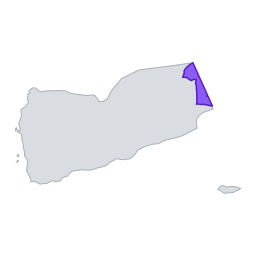 location of Shahin, Al Mahrah, Yemen
{"feature_id": "15242507B71328549079212", "entity_name": "Shahin", "entity_type": "district", "adm_level": 2, "iso_a3": "YEM", "parent_name": "Yemen", "parent_adm1": "Al Mahrah", "projection": "orthographic", "projection_center": [52.4, 17.895], "detail": "fine", "context": "in_parent", "style": "filled", "palette": "violet", "viewbox_px": 256, "rotation_deg": 0, "n_neighbors": 0, "source": "geoboundaries", "source_scale": "gbopen_adm2", "svg_char_len": 4366}
<svg xmlns="http://www.w3.org/2000/svg" viewBox="0 0 256 256"><path d="M213.2,108.8L203.7,112.3L201.2,113.8L199.0,115.7L197.3,118.1L196.1,122.3L197.0,126.1L196.9,128.2L194.4,129.6L192.1,130.5L189.6,132.0L188.0,132.4L186.8,133.6L185.3,134.4L180.0,136.5L174.2,138.2L164.9,140.1L161.4,142.2L158.1,143.7L153.2,144.1L146.4,146.0L142.6,147.6L137.9,150.2L136.9,151.1L136.0,153.0L134.6,154.7L131.7,157.5L129.6,158.9L128.1,158.9L125.4,159.6L122.1,159.7L116.7,158.6L115.3,159.3L114.1,160.3L109.9,162.1L105.5,165.9L102.4,166.8L97.3,167.9L93.7,169.4L91.3,169.9L88.3,170.2L82.6,169.8L77.3,170.2L72.3,171.1L69.9,173.1L67.1,176.2L62.8,177.4L61.7,178.5L60.3,180.9L57.4,181.4L54.9,181.7L52.3,180.5L47.3,183.2L45.5,183.6L42.6,183.6L40.6,184.1L39.2,183.9L37.5,182.6L33.7,181.1L30.9,181.9L30.8,179.1L26.5,170.6L27.7,163.3L27.7,162.3L27.0,159.0L24.4,155.9L24.6,152.2L23.8,149.4L23.2,146.6L23.4,145.9L23.5,145.3L22.3,140.9L21.9,140.0L21.7,139.1L22.2,138.5L22.2,137.7L21.6,136.3L20.9,133.8L17.3,131.7L18.1,129.9L18.8,130.6L19.8,131.2L20.0,130.0L20.1,129.1L18.8,123.5L21.4,116.2L21.0,109.6L24.5,107.1L25.5,106.3L26.0,105.6L26.9,104.1L28.0,103.7L28.5,102.1L28.5,101.3L27.8,100.6L27.3,98.7L27.6,96.4L27.9,95.4L28.3,93.6L29.6,93.0L29.9,92.5L29.0,91.3L29.1,90.6L31.2,88.8L32.1,88.3L33.4,87.8L34.5,87.8L35.7,88.2L36.7,88.8L37.7,89.8L38.7,91.0L40.4,91.5L41.6,91.4L42.5,92.0L43.3,91.7L44.2,91.2L45.6,91.3L46.9,90.7L50.6,90.6L54.2,90.9L57.9,90.5L61.6,90.7L65.3,90.9L66.1,91.0L66.9,91.4L70.0,93.2L72.4,93.6L77.2,94.3L82.3,94.9L86.7,95.5L90.5,95.2L93.7,95.0L94.5,95.1L95.4,96.2L97.3,98.8L99.0,101.3L102.1,101.6L104.1,100.7L106.4,99.5L107.7,98.5L109.4,94.5L110.5,92.0L112.8,89.1L114.8,86.7L117.5,83.6L118.9,81.8L121.8,78.4L124.5,77.1L129.7,74.5L134.8,72.0L138.1,70.4L140.9,69.7L145.6,69.1L151.1,68.4L156.6,67.7L162.5,66.9L169.0,66.1L173.5,65.5L179.2,64.7L184.0,64.0L188.2,63.4L192.5,62.8L193.3,64.8L194.1,66.8L195.0,68.7L195.8,70.7L196.6,72.6L197.4,74.6L198.2,76.5L199.1,78.5L199.9,80.4L200.7,82.4L201.5,84.3L202.4,86.3L203.2,88.3L204.0,90.2L204.8,92.2L205.7,94.1L206.5,96.0L207.8,96.7L208.6,98.5L209.8,101.0L210.9,103.6L212.0,106.2L213.2,108.8ZM226.4,187.0L227.5,187.3L229.3,186.6L234.4,186.4L240.6,188.5L239.5,189.1L238.8,189.9L236.1,190.7L233.4,192.4L225.5,193.2L223.2,192.8L221.3,191.2L217.8,189.1L219.2,187.8L219.5,187.1L220.0,186.6L222.0,185.5L224.0,185.7L226.4,187.0ZM18.7,156.4L18.4,156.8L18.1,156.7L17.0,155.6L18.3,154.5L18.9,155.6L18.7,156.4ZM16.1,130.2L15.5,130.6L15.4,129.9L15.8,128.2L16.5,127.7L16.8,129.0L16.5,129.7L16.1,130.2ZM17.9,161.6L16.6,162.1L17.5,160.6L18.4,160.3L18.6,160.4L17.9,161.6Z" fill="#d9dde1" stroke="#a8b0b8" stroke-width="1"/><path d="M182.8,77.3L184.6,77.3L185.8,77.4L187.2,77.9L189.1,79.3L191.2,80.6L193.7,79.4L195.0,79.4L196.0,79.4L196.0,79.5L195.6,82.6L195.6,82.9L195.6,83.1L196.0,84.9L196.3,86.1L196.4,88.5L196.4,89.3L196.8,92.9L196.8,96.1L196.8,98.4L196.8,98.9L196.9,99.5L196.9,100.9L196.8,102.6L196.6,104.1L196.8,104.0L197.0,104.0L197.3,104.0L197.5,104.0L197.8,104.0L198.0,104.0L198.3,104.0L198.5,104.1L198.8,104.1L199.0,104.2L199.2,104.3L199.3,104.3L199.5,104.3L199.8,104.3L200.0,104.3L200.3,104.4L200.5,104.4L200.8,104.4L201.0,104.5L201.2,104.4L201.3,104.4L201.5,104.4L201.8,104.4L202.0,104.4L202.3,104.4L202.5,104.4L202.8,104.4L203.0,104.4L203.3,104.4L203.5,104.5L203.8,104.5L204.0,104.4L204.3,104.4L204.4,104.5L204.5,104.5L204.8,104.5L205.0,104.6L205.3,104.6L205.5,104.7L205.8,104.7L205.9,104.8L206.0,104.8L206.3,104.9L206.5,104.9L206.8,104.9L207.0,104.9L207.0,105.0L207.3,105.0L207.5,105.0L207.8,105.1L208.0,105.2L208.2,105.3L208.3,105.3L208.5,105.3L208.8,105.3L209.0,105.4L209.3,105.4L209.5,105.4L209.5,105.5L209.8,105.5L210.0,105.6L210.3,105.7L210.4,105.8L210.5,105.8L210.8,105.9L211.0,105.9L211.3,105.9L211.4,106.0L211.5,106.0L211.8,106.0L212.0,106.0L212.3,106.0L212.3,105.7L208.0,96.3L206.8,96.1L206.7,96.0L206.9,95.9L207.5,95.1L198.4,75.0L198.3,74.7L192.9,62.8L192.6,62.9L192.3,63.0L192.2,63.1L191.6,63.5L190.4,64.3L189.3,65.1L188.7,65.5L187.8,66.3L187.0,67.0L186.5,67.4L185.8,68.2L185.7,68.3L185.5,68.6L185.0,69.3L184.8,69.6L184.7,69.9L184.3,70.5L184.2,70.6L184.2,70.8L184.1,71.0L184.1,71.3L184.1,71.5L184.2,71.8L184.2,72.0L184.2,72.3L184.2,72.6L184.2,72.9L184.1,73.2L184.1,73.4L184.1,73.6L184.0,73.9L183.9,73.9L183.9,74.1L183.5,75.0L183.3,75.5L183.2,75.8L183.1,76.1L182.8,77.0L182.8,77.3Z" fill="#8b5cf6" stroke="#5b21b6" stroke-width="1.5"/></svg>